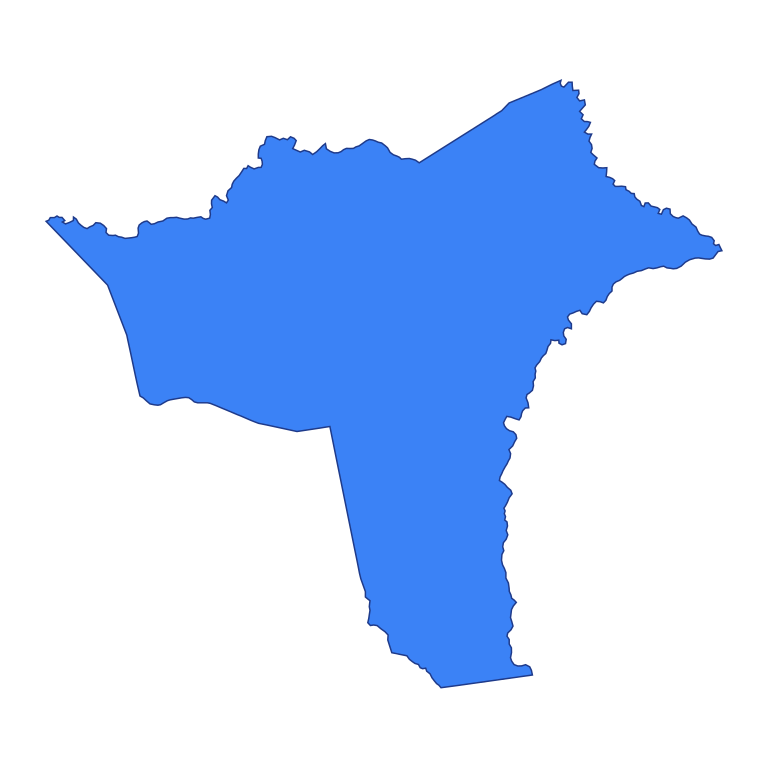 outline of Brumado, Bahia, Brazil
{"feature_id": "56859067B23298098708687", "entity_name": "Brumado", "entity_type": "district", "adm_level": 2, "iso_a3": "BRA", "parent_name": "Brazil", "parent_adm1": "Bahia", "projection": "natural_earth1", "projection_center": [-41.652, -14.215], "detail": "fine", "context": "isolated", "style": "filled", "palette": "blue", "viewbox_px": 768, "rotation_deg": 0, "n_neighbors": 0, "source": "geoboundaries", "source_scale": "gbopen_adm2", "svg_char_len": 5977}
<svg xmlns="http://www.w3.org/2000/svg" viewBox="0 0 768 768"><path d="M667.0,267.9L670.6,268.3L673.2,268.8L676.7,268.4L681.2,266.1L685.3,262.2L689.7,259.7L695.2,258.1L698.6,257.9L701.8,258.4L705.3,258.9L709.6,259.1L713.1,258.1L715.5,254.9L718.1,251.5L721.9,250.7L720.4,247.7L718.9,244.5L715.6,245.5L713.5,243.7L714.2,240.7L711.7,237.4L708.5,236.3L705.8,236.0L701.9,235.2L699.6,234.1L697.7,231.1L696.0,227.1L692.0,224.0L689.4,220.0L686.7,217.9L683.1,215.9L678.3,218.2L675.7,217.6L673.0,216.4L670.3,213.7L670.0,209.1L666.4,208.2L663.4,209.7L661.4,214.2L658.2,213.4L659.8,209.5L657.5,207.7L654.9,207.0L651.1,206.1L648.3,202.9L645.2,203.0L643.9,206.6L641.4,205.5L639.9,201.3L636.7,199.1L634.8,196.8L634.2,193.6L631.3,193.4L629.1,191.3L626.0,189.7L625.5,186.7L621.6,186.2L618.5,186.4L615.2,186.4L613.1,184.1L614.7,180.6L612.6,178.7L609.7,177.4L606.1,176.5L606.6,171.9L606.8,167.7L602.9,168.0L598.7,167.7L594.3,164.3L594.9,161.2L597.0,158.0L593.0,154.6L590.8,152.4L592.1,148.4L591.5,144.6L589.0,141.1L590.0,137.5L591.6,134.1L587.9,134.1L584.4,132.1L586.3,129.8L588.8,126.3L590.4,122.4L587.5,121.6L584.3,121.5L581.3,118.8L583.1,114.8L579.6,111.4L582.1,108.5L585.3,104.9L584.4,99.9L579.6,100.9L576.9,97.5L579.0,93.6L578.6,90.2L572.9,90.5L572.3,86.1L572.1,82.2L568.5,82.2L563.9,87.1L561.4,86.1L560.2,83.2L561.0,80.3L552.2,84.2L540.9,89.8L509.1,103.0L501.7,110.7L496.7,113.8L494.4,115.4L419.2,162.8L415.5,160.2L412.3,159.2L409.3,158.5L405.3,158.7L401.4,159.2L399.5,157.3L397.0,156.1L393.4,154.8L390.1,152.4L387.5,147.8L385.4,145.9L381.7,143.0L378.2,142.2L375.3,140.9L372.6,140.0L369.3,139.5L366.1,140.9L362.1,143.8L359.1,145.9L355.9,146.9L353.4,148.4L349.9,148.5L346.4,148.4L343.5,149.7L341.1,151.6L338.1,152.8L334.1,152.9L330.3,151.4L326.4,148.8L325.4,143.6L322.7,145.7L319.7,148.8L316.7,151.7L312.7,154.5L309.5,151.9L304.3,150.3L300.3,152.0L296.2,150.2L292.7,148.6L294.5,145.1L296.2,140.6L294.1,138.3L290.5,136.8L287.4,139.7L283.3,138.3L279.6,139.9L274.8,137.5L271.5,136.3L266.9,136.7L265.3,140.6L264.5,144.3L260.3,146.2L258.9,149.7L258.3,154.0L258.3,158.0L261.1,158.3L262.1,161.1L262.4,164.3L261.1,167.4L258.4,167.4L254.1,168.9L250.4,167.2L248.1,165.7L246.6,168.5L243.8,168.4L241.8,171.6L239.1,175.6L236.4,178.2L233.8,181.1L232.2,184.3L231.6,187.5L228.0,190.8L226.5,195.7L228.3,200.1L226.5,202.9L223.6,201.1L219.9,199.7L217.6,197.1L215.0,195.7L211.6,200.2L211.5,203.8L212.3,207.5L209.9,210.3L210.4,214.5L209.7,218.1L205.7,219.2L203.2,218.4L200.9,216.8L197.1,217.4L193.3,218.2L190.5,217.9L187.6,219.0L184.1,219.1L179.5,218.1L176.6,217.3L173.4,217.6L170.5,217.6L166.9,218.2L162.8,221.0L158.0,222.0L154.5,223.7L151.2,224.3L149.2,222.6L147.0,221.0L144.3,221.6L141.8,222.9L139.2,225.0L138.1,228.1L138.5,233.2L137.2,236.5L134.7,237.2L131.6,237.7L128.0,238.1L125.0,238.4L121.7,237.2L118.4,236.7L115.5,235.2L113.0,235.5L108.7,235.2L106.0,232.5L106.5,228.6L103.7,225.5L100.3,223.2L95.8,222.7L93.2,225.4L89.7,226.9L87.1,228.6L83.8,227.4L80.9,225.2L78.4,222.9L76.3,219.1L73.5,217.1L73.4,220.5L69.3,222.5L65.5,223.9L62.4,222.0L64.8,220.6L62.0,217.4L59.2,217.4L57.0,216.0L54.4,217.6L50.3,217.6L48.8,220.2L46.1,221.3L107.6,285.1L126.8,335.1L127.7,339.5L130.5,352.4L135.2,374.7L137.2,383.9L140.0,396.0L143.3,397.9L146.5,400.9L150.0,403.9L154.3,404.8L157.9,405.2L160.5,404.7L164.0,402.6L167.4,400.7L169.9,399.9L173.6,399.2L177.7,398.5L181.7,397.8L185.5,397.4L188.8,397.7L191.8,399.7L194.3,401.9L197.7,402.8L201.2,402.8L207.4,402.8L210.1,403.3L215.7,405.5L223.0,408.6L225.7,409.7L237.3,414.6L240.9,416.0L250.8,420.3L254.3,421.7L258.5,423.3L266.9,425.0L297.0,431.5L313.0,429.1L320.3,428.0L325.2,427.2L329.9,426.5L335.6,454.9L354.4,547.8L357.1,561.0L358.7,569.1L359.5,573.3L360.8,578.7L365.4,591.6L365.4,597.0L367.9,599.1L370.0,600.7L369.6,603.8L369.3,606.7L370.0,610.4L369.4,614.1L368.8,618.3L367.8,622.7L370.4,625.5L373.6,625.0L377.2,625.6L380.8,628.7L385.0,631.7L388.1,635.0L387.8,640.0L389.2,644.5L391.8,652.7L406.9,655.8L409.4,659.3L412.3,661.6L414.9,663.4L418.5,664.5L420.2,667.7L422.6,668.7L425.7,668.2L426.7,671.2L430.1,673.9L432.0,677.8L434.6,681.2L436.6,683.6L438.9,685.2L441.0,687.7L456.8,685.6L532.4,675.0L531.4,670.3L529.7,666.8L525.6,664.7L521.6,665.9L517.8,666.0L514.1,664.6L511.7,661.2L510.5,657.8L511.5,652.5L511.4,647.8L509.2,644.0L509.2,639.5L507.0,636.2L507.7,633.0L511.0,629.8L513.0,626.1L511.7,621.4L510.5,617.7L511.0,613.7L511.5,609.6L513.3,606.0L516.3,602.4L514.2,600.1L511.7,598.3L510.9,594.9L509.3,591.4L509.1,588.1L508.4,583.0L505.9,578.1L505.9,572.6L504.4,568.5L502.5,564.7L501.5,560.2L501.9,554.5L503.8,550.7L502.7,546.8L503.4,542.7L506.2,539.2L507.8,534.8L506.2,530.5L507.5,526.0L507.0,521.9L504.7,520.0L505.5,516.6L504.3,513.7L505.1,510.9L503.9,508.2L505.5,505.8L507.3,502.4L509.2,497.7L512.1,493.8L510.8,490.3L507.3,487.3L504.8,484.3L502.1,482.2L499.4,480.5L500.1,476.9L501.7,473.8L502.9,470.9L505.1,466.9L507.0,463.9L508.4,460.8L510.0,458.0L510.6,453.6L508.9,449.6L512.7,445.9L514.6,441.8L516.7,438.3L515.9,434.6L513.3,431.8L509.5,430.7L506.5,428.7L504.5,425.9L503.5,422.8L505.2,419.2L506.8,416.4L510.8,417.1L515.2,418.7L519.1,419.9L521.0,416.7L521.6,413.4L522.7,410.7L525.3,408.0L528.7,407.8L528.0,402.8L526.1,397.9L527.0,394.5L529.2,393.1L532.4,390.3L533.5,385.8L533.1,381.6L535.3,377.9L535.1,374.3L535.8,371.1L535.0,367.9L536.7,365.0L539.7,361.6L541.4,358.0L543.4,355.6L545.8,353.5L546.9,350.4L548.0,346.5L550.5,343.4L551.0,339.8L554.8,340.6L558.8,340.2L559.0,343.2L562.0,344.8L565.5,343.6L566.2,339.3L563.8,335.9L563.3,332.4L564.6,328.8L567.5,327.5L571.4,328.8L571.4,323.8L568.4,320.0L567.5,316.9L569.7,314.1L573.2,312.9L576.4,311.4L579.9,310.3L582.2,313.7L586.8,314.7L589.4,311.4L591.1,307.8L593.6,304.1L596.4,301.3L600.1,301.7L603.4,302.9L605.9,300.3L607.3,296.5L609.3,293.5L612.0,291.0L612.0,287.1L613.4,284.0L616.1,281.8L619.7,280.3L621.9,278.6L624.4,276.5L626.9,275.2L629.5,274.1L633.5,273.0L637.1,271.3L641.4,270.6L645.8,268.8L648.7,267.8L653.1,268.6L656.9,267.9L660.8,266.7L663.7,266.2L667.0,267.9Z" fill="#3b82f6" stroke="#1e3a8a" stroke-width="1.5"/></svg>